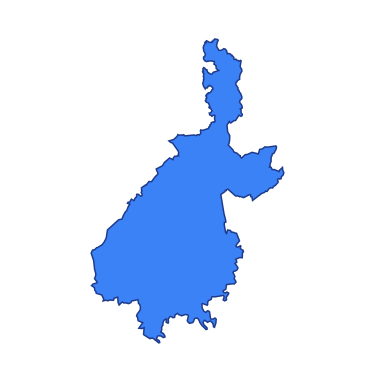 outline of Tlahuiltepa, Hidalgo, Mexico, rotated 192°
{"feature_id": "50627088B86938418920354", "entity_name": "Tlahuiltepa", "entity_type": "district", "adm_level": 2, "iso_a3": "MEX", "parent_name": "Mexico", "parent_adm1": "Hidalgo", "projection": "robinson", "projection_center": [-98.986, 20.833], "detail": "fine", "context": "isolated", "style": "filled", "palette": "blue", "viewbox_px": 384, "rotation_deg": 192, "n_neighbors": 0, "source": "geoboundaries", "source_scale": "gbopen_adm2", "svg_char_len": 6035}
<svg xmlns="http://www.w3.org/2000/svg" viewBox="0 0 384 384"><g transform="rotate(192 192 192)"><path d="M211.0,337.2L211.0,335.4L209.7,332.3L207.7,329.8L207.5,327.9L208.5,326.9L208.7,325.7L208.2,324.4L206.7,323.0L205.0,322.6L201.3,324.1L197.4,324.3L197.0,323.9L197.2,321.7L194.8,320.6L194.0,317.8L191.1,316.4L196.1,313.5L197.1,311.4L197.9,311.1L201.3,312.3L202.5,313.6L202.6,314.5L204.0,314.7L205.3,315.8L206.5,316.1L207.0,314.5L206.2,313.5L206.7,312.3L206.0,312.1L206.2,310.9L205.0,310.4L204.9,307.1L204.3,306.6L203.9,304.9L204.2,303.9L203.8,303.2L204.0,300.3L202.6,297.8L200.5,295.6L200.2,296.5L198.6,297.1L198.4,298.6L197.4,299.0L197.2,299.9L195.6,299.6L193.5,298.3L192.9,297.0L193.9,295.8L193.8,295.0L195.1,292.8L196.8,292.4L196.9,291.2L197.6,291.1L198.4,289.5L198.5,288.9L197.7,288.9L197.7,287.9L197.1,287.1L197.7,286.2L197.3,285.6L197.9,284.0L196.6,282.8L194.3,282.4L192.1,278.9L193.0,278.6L193.0,278.1L190.8,277.3L189.3,275.6L190.0,273.8L190.8,272.9L191.5,272.8L190.7,271.1L189.6,271.1L188.2,270.2L187.1,271.4L185.9,271.8L185.2,270.7L185.4,268.9L184.1,266.0L184.7,264.9L185.6,265.1L187.6,263.8L187.5,262.3L188.4,261.4L188.1,259.9L189.0,259.1L189.2,257.5L194.4,254.5L196.4,254.5L196.5,253.5L195.6,251.4L196.5,249.4L198.7,249.2L199.7,248.0L201.9,248.2L210.6,245.4L212.0,246.3L212.9,245.5L213.3,245.8L216.8,244.9L217.8,245.2L218.2,243.2L221.0,239.4L225.2,237.2L223.3,236.1L221.1,235.8L214.2,229.4L213.2,227.7L213.2,226.1L212.6,224.5L213.8,224.6L214.8,223.6L216.4,223.4L217.4,221.2L217.2,219.7L221.0,220.6L225.1,215.2L226.4,211.5L231.8,207.0L229.0,202.9L229.3,202.2L231.5,198.7L233.7,193.7L236.3,193.3L238.3,189.1L239.1,189.2L239.5,188.1L240.3,187.8L242.3,185.6L241.6,182.9L241.2,182.7L241.6,180.9L240.3,179.3L240.1,177.9L241.4,177.3L244.3,178.7L245.6,178.2L245.3,175.5L246.3,174.4L246.9,171.5L249.8,172.4L250.8,169.4L252.6,168.5L252.8,167.5L250.3,167.3L251.4,164.2L252.0,160.0L253.0,158.8L254.3,154.6L254.8,151.0L258.0,149.6L266.8,137.3L266.3,129.1L267.6,124.5L268.9,121.8L272.8,118.0L273.7,117.7L275.1,115.5L277.2,114.5L277.9,111.2L273.9,104.4L271.2,96.1L269.4,92.7L268.8,90.6L269.3,86.9L266.1,84.3L266.1,83.3L269.7,81.4L270.8,79.5L267.7,78.3L266.7,75.8L265.3,74.6L264.6,73.0L258.8,72.5L256.2,69.0L256.3,66.9L254.1,68.2L251.5,68.1L250.2,69.2L246.5,69.7L246.1,70.3L246.2,71.8L242.8,73.7L241.3,68.5L239.8,66.3L237.4,69.9L235.4,69.2L234.2,69.8L230.9,69.6L228.9,71.0L228.2,72.9L222.5,75.4L221.1,71.8L219.9,71.2L218.9,69.7L218.2,67.0L218.3,65.5L220.3,60.9L220.4,59.0L219.3,58.2L217.9,54.9L213.0,53.9L215.7,47.7L212.6,48.0L210.6,49.3L209.8,42.7L209.4,42.3L202.6,39.8L201.8,40.5L199.9,40.9L193.1,37.5L192.3,38.0L192.9,39.5L193.8,40.1L195.4,40.3L196.2,41.3L195.8,43.7L194.9,44.4L192.5,44.7L189.8,43.7L188.3,44.5L188.5,45.4L190.5,47.6L193.4,48.5L192.9,50.4L193.6,53.5L192.8,55.7L193.2,58.2L192.6,61.1L190.7,62.4L190.2,59.2L188.2,58.7L187.9,59.8L188.8,62.4L187.9,65.2L186.6,65.9L184.5,65.1L183.0,65.7L183.0,68.2L181.0,70.3L179.5,69.3L176.3,68.8L173.2,70.7L170.6,71.0L169.7,69.7L169.9,65.3L169.3,64.3L167.2,63.0L164.2,64.4L163.6,65.5L163.2,68.7L160.8,69.8L159.0,68.7L157.1,65.9L154.4,63.4L149.6,60.4L148.7,61.0L149.1,62.3L152.7,64.6L154.0,66.5L153.8,67.9L152.8,69.2L149.8,67.8L147.5,69.5L146.8,69.5L144.1,67.6L142.9,64.6L141.9,64.3L141.4,68.8L141.9,72.7L143.3,73.5L145.8,71.6L147.1,71.7L147.8,72.7L149.9,78.4L151.2,79.1L152.2,79.0L153.4,77.1L155.5,77.7L158.0,80.8L159.0,84.6L158.2,85.1L153.6,84.4L153.3,85.3L153.7,87.0L153.5,89.0L151.0,90.9L150.7,93.5L150.2,93.9L147.5,94.3L139.7,97.4L138.7,96.1L139.1,92.9L137.6,92.3L136.1,93.2L135.8,93.9L136.7,95.8L135.0,100.1L135.2,100.9L137.1,101.4L138.6,100.1L140.3,100.4L141.0,101.8L138.7,103.9L139.0,108.6L132.8,110.8L131.7,110.7L130.2,113.0L131.4,114.8L132.3,115.2L132.7,116.0L132.5,118.4L135.2,121.9L134.7,123.1L133.2,123.7L131.8,125.1L131.3,126.7L131.4,127.6L135.1,131.2L133.6,132.6L134.1,133.9L135.3,135.2L131.8,137.8L129.2,138.1L130.1,143.7L129.3,144.0L129.4,144.8L130.1,145.7L132.2,146.3L133.2,147.2L132.9,148.9L133.3,149.5L136.4,147.3L137.7,148.0L137.7,149.3L135.4,154.1L139.9,160.9L141.7,160.8L143.3,161.3L144.9,160.9L146.6,162.4L149.3,162.2L149.6,158.6L150.8,159.6L153.7,166.8L154.0,169.0L152.7,169.4L153.0,170.9L156.3,177.7L163.3,195.5L159.9,199.2L159.8,200.4L158.8,200.5L158.7,201.4L157.4,202.2L148.6,197.2L145.9,197.7L144.5,197.2L143.4,197.7L140.3,197.2L136.0,200.8L134.3,201.6L133.5,199.6L132.3,199.5L131.0,196.3L123.5,205.1L120.9,206.8L120.3,208.1L118.7,208.2L117.3,211.3L116.1,212.4L113.9,212.7L113.5,214.2L111.7,216.0L109.9,219.2L109.9,220.3L110.9,221.3L110.8,222.2L110.0,223.2L109.0,222.8L107.7,223.4L107.7,225.7L106.5,227.2L106.1,229.8L107.8,232.3L108.6,234.8L111.1,231.2L111.1,230.1L116.2,231.1L118.1,230.5L119.6,232.4L120.8,232.9L121.3,232.6L121.0,234.0L121.5,235.0L121.0,238.4L121.9,242.7L121.4,243.6L121.3,246.0L119.9,246.9L118.6,251.6L118.7,253.6L119.5,254.5L127.4,251.6L130.1,251.3L132.2,248.7L134.7,247.8L135.0,243.1L141.5,243.3L145.6,240.3L147.7,239.6L150.6,235.5L152.2,236.7L152.4,237.6L153.5,237.7L155.7,239.2L159.4,239.9L160.7,241.7L166.3,245.5L165.9,246.9L166.0,250.5L166.8,255.0L169.6,258.1L171.7,264.7L170.2,268.7L169.0,267.6L168.4,267.6L165.7,270.6L164.3,270.9L162.0,276.9L159.8,276.2L158.9,277.2L158.9,278.3L160.5,279.9L161.1,282.6L162.1,283.3L160.4,284.5L160.4,285.2L161.4,287.2L164.1,289.7L164.0,292.2L163.1,292.8L162.7,294.2L163.2,295.8L165.1,298.7L166.3,299.4L167.2,301.1L168.2,301.5L168.7,303.5L171.3,306.1L171.9,308.0L170.9,309.2L170.7,310.4L168.8,312.2L169.3,313.9L169.4,317.1L168.3,320.5L169.0,322.5L169.9,323.1L171.1,325.1L171.2,330.5L172.1,330.8L173.2,329.6L174.2,330.2L175.6,330.2L176.7,331.1L177.7,330.5L178.8,330.7L179.0,332.3L181.3,334.0L181.6,333.6L182.9,334.9L184.8,335.2L186.1,334.5L187.7,337.6L189.1,338.7L190.7,338.8L192.4,336.9L195.1,336.1L198.3,339.7L198.5,343.6L197.9,345.5L198.4,346.5L201.6,346.4L201.7,345.6L202.8,344.9L203.1,343.3L203.8,343.3L203.7,342.6L204.3,342.3L205.8,342.0L209.2,343.0L210.0,341.7L208.5,340.5L209.3,341.1L210.3,340.9L209.4,340.0L210.1,340.2L211.0,337.2Z" fill="#3b82f6" stroke="#1e3a8a" stroke-width="1.5"/></g></svg>